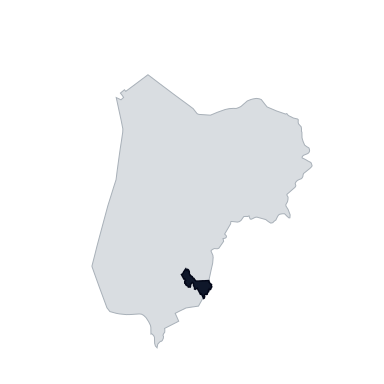 location of Al-Amara, Maysan, Iraq, rotated 64°
{"feature_id": "34846034B34105115765151", "entity_name": "Al-Amara", "entity_type": "district", "adm_level": 2, "iso_a3": "IRQ", "parent_name": "Iraq", "parent_adm1": "Maysan", "projection": "albers", "projection_center": [47.067, 32.106], "detail": "fine", "context": "in_parent", "style": "filled", "palette": "ink", "viewbox_px": 384, "rotation_deg": 64, "n_neighbors": 0, "source": "geoboundaries", "source_scale": "gbopen_adm2", "svg_char_len": 6656}
<svg xmlns="http://www.w3.org/2000/svg" viewBox="0 0 384 384"><g transform="rotate(64 192 192)"><path d="M163.1,72.4L165.5,71.9L170.0,68.4L172.7,65.1L173.6,64.8L175.8,66.0L177.4,66.4L181.3,65.3L183.5,66.0L185.3,67.0L186.4,67.0L191.4,69.3L192.7,69.6L195.3,70.0L199.2,70.2L201.7,68.9L203.6,67.6L204.8,67.7L206.0,68.0L207.0,68.6L207.8,69.7L208.2,71.1L207.9,75.7L208.3,76.9L208.9,77.8L209.8,78.0L210.9,77.0L212.8,75.6L215.1,74.1L216.9,72.7L217.8,72.2L219.4,72.3L220.9,72.5L221.7,73.3L221.7,73.5L222.5,75.7L224.3,83.7L225.4,84.7L226.7,85.6L227.6,86.8L228.0,88.0L227.8,89.9L227.8,92.1L228.3,93.7L229.1,95.0L229.7,95.6L230.8,95.7L232.0,96.0L232.9,97.3L235.4,106.5L235.7,107.7L236.8,108.1L238.7,107.9L240.6,108.9L242.6,110.4L244.5,113.2L245.8,113.7L249.9,113.3L255.5,113.8L258.1,115.3L257.8,116.2L255.8,117.1L252.2,118.3L251.2,120.2L250.5,122.8L250.6,124.2L251.5,125.8L254.0,129.0L254.1,130.1L254.5,131.7L255.0,132.8L254.5,134.8L252.2,136.3L249.1,137.8L243.0,144.7L242.5,146.2L242.5,150.4L241.9,151.5L240.0,151.5L238.5,151.2L238.4,152.7L237.4,154.6L236.8,156.3L239.0,160.3L239.4,162.4L239.0,164.3L236.9,167.6L235.6,169.8L235.9,170.3L237.5,171.2L242.4,178.5L244.1,181.1L246.2,180.4L247.0,180.5L247.6,180.9L248.0,181.8L248.0,182.8L247.4,184.5L250.2,185.2L251.1,186.8L254.3,192.5L254.1,194.2L252.6,196.8L252.6,198.6L252.9,200.2L253.4,200.8L258.1,201.0L260.1,201.7L265.0,204.6L270.6,209.1L275.2,212.7L279.1,215.8L283.3,215.6L284.5,216.1L285.5,217.1L286.7,219.6L289.2,225.4L291.2,227.3L294.4,231.9L297.4,236.2L295.5,242.1L293.6,248.2L293.6,256.0L293.7,260.3L297.8,260.4L302.3,260.6L302.4,265.6L302.5,270.7L302.6,276.5L303.9,276.8L306.1,278.0L307.0,279.8L308.1,280.9L309.5,281.0L310.9,281.9L312.3,283.6L312.8,284.8L312.4,285.7L312.8,287.2L313.7,289.4L314.9,290.4L316.7,291.7L314.3,292.4L311.6,291.9L306.0,289.4L304.2,289.4L301.8,290.3L301.7,291.2L295.8,288.4L293.7,287.8L292.9,287.8L289.5,287.8L284.7,288.4L281.8,289.5L279.8,290.8L279.0,292.0L278.6,292.6L277.1,296.2L275.3,300.7L273.4,304.8L269.8,310.6L267.8,313.3L263.5,318.2L258.8,319.2L248.0,318.1L236.0,316.9L224.1,315.6L215.3,314.6L214.6,314.3L206.0,307.0L199.2,301.3L190.8,294.0L182.3,286.6L173.7,279.1L167.4,273.6L159.9,266.5L153.1,260.1L147.7,254.9L140.8,250.4L135.4,246.8L127.5,241.5L121.3,237.3L116.0,233.6L107.8,228.0L105.0,226.5L96.3,224.2L88.1,222.2L79.6,220.1L73.9,218.7L78.0,215.4L77.0,212.0L74.3,212.4L71.7,213.0L70.5,207.9L72.5,207.4L71.2,200.6L69.9,193.7L68.6,187.0L67.3,180.2L74.8,176.4L80.4,173.6L88.2,169.6L95.7,165.8L102.8,162.1L110.6,158.0L117.6,154.4L123.8,153.1L125.2,151.9L128.3,146.5L131.0,141.8L131.1,140.7L131.5,134.0L132.4,126.1L133.4,122.0L134.9,118.3L136.3,115.6L136.6,113.1L136.6,110.5L135.5,106.5L134.4,102.4L134.7,98.5L135.1,96.4L136.1,93.1L137.7,90.7L139.3,89.2L145.1,88.0L148.5,87.2L153.2,83.1L156.1,80.6L160.0,76.7L162.9,73.8L163.1,72.8L163.1,72.4Z" fill="#d9dde1" stroke="#a8b0b8" stroke-width="1"/><path d="M292.8,228.3L292.8,228.2L292.8,227.9L292.8,227.7L292.7,227.4L292.3,227.2L292.2,227.0L292.0,226.8L291.7,226.6L291.5,226.4L291.3,226.4L291.2,226.4L291.0,226.5L290.8,226.5L290.6,226.5L290.4,226.4L290.3,226.2L290.2,225.9L289.9,225.8L289.8,225.7L289.8,225.4L289.7,225.1L289.7,224.9L289.8,224.8L289.8,224.6L290.0,224.4L290.3,224.2L290.4,223.9L290.5,223.7L290.6,223.4L290.6,223.2L290.3,222.9L290.1,222.8L289.9,222.8L289.8,222.7L289.6,222.6L289.5,222.3L289.4,222.2L289.2,221.9L288.9,221.7L288.8,221.3L288.8,221.2L288.9,220.9L288.7,220.7L288.4,220.4L288.1,220.2L287.9,220.2L287.8,220.3L287.6,220.3L287.5,220.2L287.4,220.2L287.4,219.9L287.4,219.7L287.2,219.5L287.1,219.4L286.9,219.2L287.0,219.2L287.4,219.1L287.5,219.1L287.6,218.9L287.7,218.7L287.6,218.2L287.6,217.9L287.3,217.6L287.2,217.4L286.9,217.2L286.7,217.0L286.6,216.8L286.5,216.6L286.4,216.4L286.2,216.2L285.9,215.8L285.7,215.8L285.5,215.7L285.2,215.7L285.0,215.8L284.8,215.7L284.6,215.7L284.4,215.5L284.2,215.4L284.0,215.2L283.8,215.1L283.7,215.0L283.4,215.1L283.2,215.3L282.9,215.5L282.6,215.7L282.3,215.8L282.1,215.9L281.9,215.9L281.7,216.1L281.4,216.1L280.9,216.1L280.7,216.0L280.6,216.3L280.4,216.3L279.9,216.1L279.5,215.9L279.0,215.7L278.7,216.4L278.2,217.5L277.8,218.4L277.4,219.5L276.8,220.7L276.3,221.8L276.0,222.6L275.6,223.5L275.3,224.2L275.0,225.0L274.6,225.8L274.3,226.4L274.0,227.1L273.8,227.6L273.1,227.7L272.5,227.8L272.1,228.2L271.3,228.1L270.6,228.1L270.1,228.5L269.6,228.9L269.2,229.0L268.7,228.9L268.2,228.9L267.8,229.2L267.3,229.4L266.9,229.8L266.4,230.1L265.9,230.3L265.5,230.0L265.0,230.2L264.6,230.3L264.4,230.3L263.6,229.9L263.2,229.7L262.9,229.6L262.2,229.3L261.7,229.3L261.2,229.3L260.8,229.3L260.1,229.5L259.8,229.7L259.6,229.8L259.5,230.1L259.5,230.3L259.9,230.7L260.2,230.9L260.3,231.0L260.1,231.1L259.4,231.1L258.8,231.2L258.7,231.2L258.3,231.2L258.4,231.4L258.5,231.7L258.8,232.2L258.9,232.3L259.2,232.9L259.5,233.3L259.6,233.6L260.0,234.0L260.0,234.3L260.2,234.6L260.6,235.1L261.1,235.7L261.4,236.2L261.6,236.5L261.7,236.8L261.5,237.1L261.5,237.6L261.8,237.6L262.2,237.6L262.5,237.6L262.9,237.6L263.4,237.6L263.8,237.5L264.1,237.5L264.4,237.5L264.9,237.5L265.4,237.5L266.0,237.4L266.2,237.5L266.4,237.5L266.8,237.4L266.9,237.1L266.8,236.6L267.3,236.6L267.6,236.6L268.0,236.6L268.5,236.6L268.8,236.5L268.9,236.9L268.9,237.2L268.9,237.6L269.2,237.7L269.5,237.9L269.8,238.0L270.1,238.2L270.6,238.4L270.9,238.5L271.0,238.4L271.2,238.1L271.3,237.9L271.5,237.7L271.6,237.8L271.9,237.9L272.2,238.1L272.5,238.3L272.9,238.1L273.1,238.0L273.5,237.8L273.8,237.6L274.1,237.5L274.4,237.3L274.6,237.1L274.9,236.9L275.1,236.7L275.4,236.7L275.7,236.8L275.9,236.9L276.1,236.4L276.1,236.2L276.3,235.8L276.4,235.7L276.6,235.5L276.7,235.4L276.3,235.0L276.0,234.6L275.9,234.5L275.8,234.4L275.5,234.4L275.3,234.3L275.0,234.3L274.8,234.2L274.5,234.1L274.3,234.0L274.4,233.7L274.3,233.2L274.2,233.1L273.9,232.7L273.6,232.4L273.4,232.1L273.4,231.8L273.3,231.6L273.3,231.4L273.3,231.2L273.5,231.0L273.8,231.1L274.1,231.1L274.3,231.1L274.5,231.1L274.8,230.9L275.0,230.9L275.3,230.8L275.6,231.0L275.9,231.2L276.2,231.4L276.5,231.5L276.8,231.6L277.0,231.6L277.3,231.6L277.6,231.6L277.8,231.5L278.0,231.5L278.4,231.5L278.5,231.5L278.9,231.6L279.1,231.7L279.2,231.8L279.4,231.8L279.7,231.9L279.9,232.0L280.1,232.1L280.4,232.1L280.7,232.2L280.7,232.3L280.8,232.3L281.0,232.4L280.9,232.3L280.9,232.0L280.9,231.8L280.9,231.7L280.7,231.3L280.7,231.2L280.8,230.9L280.8,230.7L280.8,230.3L280.8,230.0L280.9,229.8L281.0,229.6L281.0,229.4L281.3,229.5L281.5,229.5L281.9,229.4L282.2,229.4L283.1,229.4L284.3,229.3L285.3,229.3L286.1,229.3L286.5,229.2L287.0,229.3L287.6,229.3L287.7,228.9L287.9,228.2L288.5,228.2L289.8,228.2L291.3,228.2L292.0,228.3L292.4,228.3L292.8,228.3Z" fill="#0f172a" stroke="#020617" stroke-width="1.5"/></g></svg>